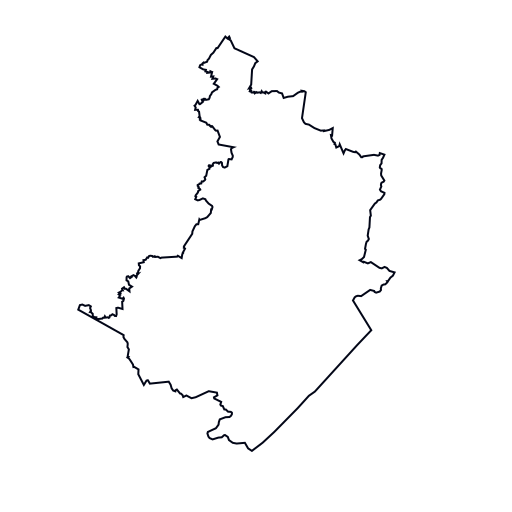 Francisco Z. Mena, Puebla, Mexico, rotated 207°
{"feature_id": "50627088B96858950012844", "entity_name": "Francisco Z. Mena", "entity_type": "district", "adm_level": 2, "iso_a3": "MEX", "parent_name": "Mexico", "parent_adm1": "Puebla", "projection": "robinson", "projection_center": [-97.773, 20.706], "detail": "fine", "context": "isolated", "style": "outline", "palette": "ink", "viewbox_px": 512, "rotation_deg": 207, "n_neighbors": 0, "source": "geoboundaries", "source_scale": "gbopen_adm2", "svg_char_len": 6118}
<svg xmlns="http://www.w3.org/2000/svg" viewBox="0 0 512 512"><g transform="rotate(207 256 256)"><path d="M286.0,424.5L287.7,424.8L290.2,424.0L289.5,423.4L291.2,422.5L292.8,420.5L295.5,415.3L299.9,412.4L303.1,409.4L306.6,412.7L309.8,412.0L312.2,412.5L316.8,410.0L318.7,406.5L321.8,407.0L322.2,406.6L321.6,405.1L323.7,405.1L324.6,404.6L325.8,405.4L325.8,403.4L327.2,403.4L329.1,402.0L329.8,402.3L330.9,400.5L331.7,401.6L332.2,401.4L331.9,400.7L334.1,399.7L335.1,400.9L335.6,400.0L336.3,399.9L336.3,400.9L337.1,401.5L336.5,403.2L337.3,403.3L337.2,403.9L337.6,404.0L338.3,403.0L338.1,406.5L344.2,420.5L343.9,424.0L344.2,427.5L342.9,430.2L348.1,432.3L369.5,431.3L376.4,436.6L378.5,436.8L378.1,438.2L379.5,439.3L380.2,436.8L382.9,437.6L384.6,423.8L385.7,423.3L386.3,417.8L387.5,414.7L387.5,410.5L388.1,408.6L387.8,406.9L389.9,404.6L390.5,404.7L391.0,403.5L390.5,402.2L391.4,402.1L392.4,400.6L392.1,398.5L387.7,398.3L385.2,399.1L384.9,397.5L382.7,398.0L382.5,397.1L380.3,398.6L380.6,399.9L379.7,399.9L379.6,399.4L378.6,399.9L377.5,395.4L375.6,396.6L375.3,394.1L372.7,395.8L370.9,395.9L371.8,390.3L367.9,390.2L366.0,389.7L366.7,388.5L366.3,386.9L367.5,385.7L369.5,381.8L369.3,379.9L369.7,377.6L369.2,376.0L369.2,374.2L371.5,372.4L372.8,372.9L373.6,372.5L373.1,371.6L373.3,370.8L374.6,371.4L375.3,370.7L373.4,369.0L374.8,365.9L375.3,365.6L378.4,367.7L378.5,363.2L379.0,362.0L377.2,361.0L376.6,358.6L374.1,359.9L373.3,358.8L372.3,358.8L369.8,355.1L369.9,354.0L369.2,354.3L368.7,353.3L368.2,353.6L367.5,352.6L367.7,351.8L367.1,351.6L360.8,352.2L359.0,350.9L357.1,351.7L356.4,351.1L353.8,350.5L355.0,351.4L354.0,351.8L349.6,349.7L348.5,349.5L347.2,350.3L342.2,345.7L342.4,340.6L339.9,338.4L325.4,342.7L326.4,341.5L326.8,339.8L324.7,336.9L322.2,334.8L321.7,333.7L321.6,331.0L324.2,330.1L324.4,329.6L322.3,323.0L324.0,320.6L325.7,320.3L327.3,321.3L328.6,323.5L329.6,323.9L330.3,323.6L330.9,321.5L332.1,322.1L332.9,321.2L334.0,321.3L336.0,319.7L336.2,318.2L335.4,316.9L335.7,316.5L339.0,315.6L339.1,314.7L338.6,314.4L336.9,314.7L337.5,313.4L337.1,312.5L338.4,310.6L336.8,304.9L337.6,302.8L336.0,301.3L336.0,300.5L336.9,298.4L338.2,297.8L337.7,295.8L339.1,295.0L339.0,294.5L340.2,292.8L339.8,292.0L338.3,291.4L338.3,290.5L336.5,290.3L335.8,289.8L337.0,287.6L336.6,286.2L337.3,282.6L337.1,281.7L336.1,281.6L335.9,279.0L333.2,279.1L331.8,280.2L329.5,283.2L326.9,283.6L325.8,282.7L322.0,281.2L317.9,280.7L317.0,279.9L316.5,277.3L317.1,277.1L315.8,273.8L317.1,268.5L318.3,266.7L322.5,262.6L323.1,262.9L321.9,258.1L323.5,257.2L324.0,254.8L323.8,249.1L322.9,246.8L324.6,231.8L324.0,231.3L324.0,230.5L322.6,230.3L322.7,225.6L322.3,225.5L322.5,224.1L321.3,220.4L325.8,220.7L326.0,219.6L339.4,211.7L340.2,210.7L343.1,210.8L345.5,209.3L346.2,209.1L346.4,209.6L347.6,208.5L348.5,208.9L350.4,208.2L351.3,207.3L351.3,205.5L352.3,205.3L352.6,202.5L354.4,201.2L353.2,199.5L357.1,196.2L356.1,194.6L354.6,194.2L353.8,192.4L354.1,189.4L353.6,187.4L354.1,186.5L353.6,186.0L352.9,186.7L353.5,184.3L352.9,183.4L352.9,182.5L354.8,183.3L356.5,183.3L357.9,181.2L357.3,180.9L358.2,179.1L360.6,180.0L361.6,179.2L361.7,178.4L360.3,175.5L358.3,175.4L356.1,172.7L352.6,172.4L354.2,169.5L352.7,167.1L357.0,167.8L358.1,167.2L359.4,168.2L360.5,166.1L359.2,165.0L359.8,164.8L360.2,163.0L361.5,161.2L360.0,161.0L360.8,159.6L359.5,159.5L359.8,159.0L359.1,158.2L359.4,156.7L355.6,157.3L355.1,158.7L354.3,158.1L353.8,155.7L354.5,154.5L350.9,148.2L355.5,147.3L356.8,146.2L353.7,140.8L353.4,139.0L354.6,138.5L355.8,139.0L357.5,138.9L358.0,137.5L359.1,136.6L358.7,134.7L359.1,134.0L360.2,134.1L361.9,132.9L363.3,133.7L363.2,132.1L364.3,131.5L364.5,130.5L368.6,127.8L370.1,127.9L370.4,128.9L371.0,128.7L371.2,128.0L373.5,128.3L374.3,128.6L375.3,130.4L377.4,130.9L377.8,131.5L378.4,131.0L378.4,132.7L380.2,134.3L380.3,136.1L382.7,136.3L385.6,134.0L388.7,133.9L390.6,132.3L390.0,127.5L338.0,125.4L337.3,123.6L335.6,122.4L331.4,120.7L330.4,119.5L329.2,116.5L326.9,115.1L324.7,108.1L324.0,108.2L324.4,107.2L322.6,107.0L320.2,105.7L316.3,103.4L314.8,101.4L314.1,101.9L309.2,101.6L307.2,97.2L297.4,90.2L297.0,95.2L296.4,95.9L295.9,96.2L292.6,94.1L276.7,104.4L273.6,102.5L271.1,99.8L268.7,98.5L266.4,98.8L266.7,99.9L265.9,101.1L261.2,99.0L260.2,99.3L258.1,98.6L256.8,97.3L254.7,100.1L248.9,100.0L245.6,102.8L236.7,114.1L228.8,116.5L227.1,114.3L229.3,111.0L228.5,110.1L220.8,110.2L220.3,107.4L219.3,106.8L217.4,107.2L214.6,104.9L213.1,105.5L210.2,104.6L207.7,105.7L206.4,105.5L205.7,104.3L205.7,102.4L206.5,100.5L210.0,98.5L214.1,94.0L213.7,91.2L212.8,88.7L213.5,84.4L219.0,77.4L218.7,75.8L216.4,73.5L214.7,72.7L211.4,72.9L207.1,77.1L204.2,78.9L203.1,81.8L202.4,82.4L199.0,82.0L196.5,79.7L191.9,79.0L188.1,80.1L181.1,84.5L175.7,81.0L171.2,80.5L165.3,92.7L159.9,107.4L149.8,139.3L145.4,155.5L142.0,161.9L125.4,222.6L119.6,242.2L149.4,260.4L149.3,264.0L148.5,265.6L147.2,266.8L144.1,268.0L138.9,277.6L134.8,278.5L134.0,277.8L132.3,277.9L129.6,280.5L129.2,282.4L130.1,283.9L130.6,286.7L129.4,288.5L128.1,289.3L127.4,290.9L127.0,292.7L127.7,293.1L127.0,293.5L126.4,297.8L125.1,300.6L125.1,304.3L130.3,303.3L134.0,304.8L136.5,304.6L138.3,302.1L140.6,301.5L150.9,302.7L153.0,300.2L157.3,299.8L157.4,299.1L161.7,299.3L160.3,301.2L159.3,304.1L161.0,311.4L162.1,311.9L163.6,317.0L163.9,319.0L163.2,320.5L163.2,322.4L165.7,324.8L167.7,330.8L167.9,332.9L172.1,342.4L172.0,344.1L175.1,348.7L173.9,356.7L173.0,358.3L172.7,360.8L170.9,362.6L170.5,363.7L169.7,369.3L170.2,370.6L174.0,370.4L175.7,371.4L175.9,374.9L176.9,375.9L177.4,377.4L177.4,378.3L176.0,380.2L175.9,381.5L181.0,384.6L182.0,386.2L183.1,389.9L183.8,390.7L185.1,390.6L185.9,391.1L186.6,393.3L186.2,395.5L187.7,398.7L187.4,401.2L187.6,404.6L192.4,403.9L191.8,402.1L192.9,400.8L196.8,399.7L205.8,393.4L206.0,392.4L207.1,391.8L209.9,393.3L214.4,394.4L214.7,393.5L216.7,392.9L224.5,392.1L224.8,390.5L224.6,387.2L232.1,393.5L231.7,391.7L233.7,389.1L236.0,391.5L236.9,391.4L237.2,392.7L238.8,392.8L242.1,395.0L244.1,397.7L242.9,397.9L245.7,404.8L248.0,401.6L251.2,398.9L252.1,398.2L252.3,398.8L255.2,397.1L262.0,396.5L268.5,397.1L271.9,396.2L274.0,396.9L277.6,399.7L286.0,424.5Z" fill="none" stroke="#020617" stroke-width="2"/></g></svg>